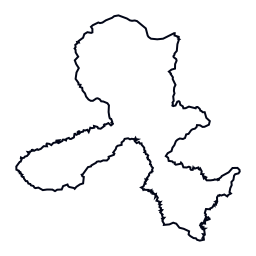 Sop Moei, Mae Hong Son, Thailand (Robinson projection), rotated 90°
{"feature_id": "78962969B61327440501471", "entity_name": "Sop Moei", "entity_type": "district", "adm_level": 2, "iso_a3": "THA", "parent_name": "Thailand", "parent_adm1": "Mae Hong Son", "projection": "robinson", "projection_center": [98.073, 17.904], "detail": "fine", "context": "isolated", "style": "outline", "palette": "ink", "viewbox_px": 256, "rotation_deg": 90, "n_neighbors": 0, "source": "geoboundaries", "source_scale": "gbopen_adm2", "svg_char_len": 5846}
<svg xmlns="http://www.w3.org/2000/svg" viewBox="0 0 256 256"><g transform="rotate(90 128 128)"><path d="M194.9,27.7L193.5,25.1L192.1,26.5L188.1,25.7L185.1,24.3L182.0,24.6L179.8,22.6L175.6,21.9L174.2,20.8L173.4,17.5L171.6,16.3L169.9,16.5L167.9,18.5L168.0,23.5L172.3,27.3L176.1,34.3L177.2,34.9L178.8,37.2L179.7,37.0L180.1,38.0L179.1,38.4L179.7,39.7L179.4,41.6L179.9,42.1L180.3,45.2L180.3,49.3L178.9,50.6L177.4,49.7L176.6,51.3L178.0,52.3L175.1,53.2L174.2,52.7L174.0,54.8L171.3,54.3L168.5,55.8L169.5,56.6L169.1,57.3L167.5,57.7L168.6,61.1L167.8,61.9L168.4,62.5L167.8,62.8L169.9,63.3L169.9,64.9L169.1,65.6L167.4,65.6L166.7,67.1L167.5,69.3L167.3,72.6L163.9,73.8L162.6,75.0L163.8,75.5L164.7,80.2L163.9,81.3L162.5,81.2L162.4,82.9L161.4,83.7L160.9,87.3L157.7,87.9L156.1,90.2L153.2,88.3L151.1,84.5L147.6,83.5L145.3,81.7L141.2,80.1L139.7,78.5L138.5,76.2L139.0,73.1L138.0,71.0L134.4,69.8L133.9,67.5L130.4,65.0L129.3,63.6L128.7,61.1L127.0,59.4L125.1,59.0L125.3,55.9L126.9,53.5L126.8,51.5L124.7,47.1L121.1,46.2L117.8,49.7L112.2,51.3L112.2,53.4L110.9,54.6L110.7,55.6L108.8,56.3L107.0,58.4L107.1,59.7L108.3,60.3L106.6,67.1L108.2,70.4L108.3,72.6L106.3,73.2L104.8,75.7L101.8,76.4L101.2,77.2L101.7,78.7L105.5,80.5L106.1,82.8L105.6,83.6L104.0,83.1L102.6,83.5L100.9,82.3L96.4,82.8L93.4,81.5L91.0,82.1L87.6,81.8L84.9,80.5L79.1,83.3L77.3,83.1L74.0,85.4L73.5,85.1L71.6,87.1L69.6,84.5L68.6,81.0L64.1,80.9L60.7,79.4L59.1,79.8L57.2,82.3L56.2,82.6L54.7,81.5L53.6,81.5L50.9,79.2L44.2,78.6L39.7,77.1L39.3,77.5L39.1,76.8L38.5,77.5L37.4,77.3L37.2,78.0L36.7,77.7L35.5,81.5L33.2,81.3L33.2,81.9L38.7,92.9L39.3,98.7L38.7,105.0L37.0,107.4L35.6,108.3L28.4,110.2L21.1,119.0L20.5,121.2L20.8,124.0L20.4,126.0L18.5,129.1L15.4,137.5L16.2,141.8L17.8,143.9L20.3,150.1L22.6,153.6L23.1,156.0L22.5,157.7L25.2,163.2L26.8,165.0L28.9,163.6L32.4,163.6L32.9,164.8L32.2,168.6L34.1,171.7L37.7,172.9L41.1,177.5L42.4,177.1L42.1,178.9L43.3,178.6L44.8,180.7L47.2,180.4L48.5,181.4L49.6,180.5L52.5,180.3L56.7,177.8L60.3,181.2L64.1,179.8L68.1,177.2L72.5,179.5L78.9,180.4L82.8,177.6L84.5,177.5L84.8,175.5L86.9,176.1L87.8,173.8L90.5,173.5L93.4,171.0L96.6,169.9L99.5,167.5L100.8,165.3L100.8,163.1L98.5,159.7L98.3,158.3L99.3,156.3L101.3,154.8L101.5,152.7L103.2,148.6L105.3,147.1L112.0,147.4L116.7,146.7L118.4,146.2L119.0,144.8L121.7,143.8L122.6,144.5L123.5,143.1L124.0,143.2L125.4,145.0L123.1,147.7L124.3,149.8L124.3,151.5L125.0,152.1L125.9,151.5L128.7,155.3L128.4,157.8L126.9,158.6L126.0,162.0L127.7,161.8L128.2,164.1L127.7,165.7L132.0,167.3L129.8,168.7L130.5,170.8L130.2,172.4L131.6,172.9L132.2,175.3L133.5,176.6L132.8,177.1L131.3,176.9L131.3,177.5L132.2,178.4L133.8,177.5L134.8,179.7L133.8,180.7L133.9,181.5L137.4,182.1L139.0,185.1L138.8,186.4L137.9,187.1L138.9,189.7L140.4,190.0L139.6,191.9L139.7,193.2L140.9,193.6L143.1,197.5L142.7,198.3L140.3,196.6L140.6,199.6L142.4,199.9L142.9,202.6L145.1,204.7L143.9,206.6L143.5,209.1L144.2,209.6L146.3,209.0L146.2,212.4L148.9,215.2L149.9,217.9L149.2,218.8L150.8,222.0L149.8,223.3L149.9,224.0L150.8,223.8L151.5,225.9L152.3,226.1L152.0,228.3L153.9,227.1L156.0,229.0L156.6,231.1L157.7,231.9L158.2,234.0L157.5,235.0L158.4,235.2L159.4,234.4L161.6,235.3L161.9,236.3L166.5,239.7L169.7,239.6L170.7,237.2L172.4,237.4L171.5,236.8L172.1,235.7L173.3,236.1L173.5,234.9L174.4,234.7L174.7,233.7L175.9,234.5L176.9,233.6L177.0,232.4L178.6,232.0L181.1,230.2L181.2,228.7L183.6,227.6L184.0,225.7L185.3,225.1L186.0,222.6L187.7,221.5L188.1,220.5L187.6,217.6L190.1,213.2L189.5,208.8L189.6,203.6L191.1,201.0L189.7,198.8L189.5,194.3L186.1,192.9L184.5,188.5L186.2,187.8L187.0,186.7L188.0,182.1L188.8,181.3L186.8,179.6L184.4,176.0L183.4,172.9L176.9,172.2L176.3,173.6L174.7,174.3L174.4,173.3L167.1,168.0L166.4,165.0L165.4,164.6L162.8,160.0L161.8,159.3L161.3,157.3L161.6,155.6L160.4,152.8L160.5,149.2L158.5,147.1L156.8,147.4L154.8,142.1L153.6,141.6L152.5,142.8L149.2,140.3L146.9,139.6L145.8,138.4L144.9,134.4L142.4,134.4L140.8,132.3L138.9,131.4L138.3,127.9L139.3,126.0L138.8,124.4L139.2,121.2L138.0,120.5L139.1,120.1L139.4,118.2L140.6,120.6L140.4,121.5L141.2,121.2L143.1,119.3L142.0,117.1L143.6,116.1L143.4,114.5L144.8,114.3L147.7,111.8L149.9,111.8L151.1,110.7L152.2,111.6L152.6,110.5L154.2,110.1L154.4,108.9L155.5,107.8L157.7,108.8L158.1,108.0L159.3,108.1L159.9,106.8L161.9,105.5L164.3,106.0L164.7,105.0L166.4,104.6L167.9,103.1L169.6,103.9L171.3,103.5L171.5,104.4L172.4,104.5L172.5,105.7L174.2,107.0L175.3,106.9L178.2,109.2L179.2,108.5L180.2,109.5L179.7,110.4L181.3,110.1L182.2,111.2L183.7,110.4L184.0,111.1L183.5,111.4L186.4,112.5L187.5,114.8L188.4,113.4L189.9,112.7L189.3,111.8L189.8,111.3L189.9,107.4L191.1,107.6L191.3,106.4L190.5,105.4L191.7,105.1L190.8,104.4L191.9,104.3L191.7,103.6L193.6,103.8L193.8,103.2L192.8,102.8L194.4,101.2L194.0,100.1L197.1,100.7L195.8,99.5L197.7,98.2L200.7,99.5L201.4,97.2L202.4,96.8L202.1,95.6L204.0,96.9L204.7,95.3L205.3,96.3L207.1,96.5L208.0,95.0L209.7,95.3L210.0,93.8L211.0,94.6L211.0,95.3L211.3,94.9L212.4,95.7L214.3,93.6L214.6,94.1L217.6,93.2L217.8,93.6L217.8,91.8L218.9,92.7L218.9,93.8L220.1,93.2L220.9,93.6L223.9,91.9L224.9,92.1L224.4,86.6L222.7,82.8L223.7,79.7L227.7,76.6L228.8,72.3L231.3,66.9L234.5,67.4L236.0,65.8L238.1,62.4L238.3,60.1L239.8,58.9L240.6,56.2L239.7,52.1L238.0,52.3L237.9,53.4L235.7,52.1L234.2,53.0L234.4,51.2L230.0,51.8L229.6,52.5L228.6,51.0L228.5,52.6L227.6,52.6L228.3,53.6L227.1,53.7L227.6,54.7L226.9,55.1L226.2,54.5L225.4,55.9L223.6,55.2L223.0,54.4L224.0,53.8L223.3,53.0L223.6,50.9L222.1,51.0L221.8,51.8L220.6,50.5L220.1,50.4L220.1,51.4L218.4,50.6L220.2,49.2L219.1,46.4L218.4,46.6L218.2,47.6L217.3,47.8L217.7,49.3L215.3,50.6L214.4,50.1L213.0,51.2L209.0,50.0L209.3,46.0L208.5,45.9L207.4,43.6L205.0,42.3L205.6,41.5L204.4,41.6L204.6,40.0L203.3,40.1L203.2,39.4L201.9,38.9L201.5,40.4L200.5,38.9L197.3,39.0L195.4,37.7L195.7,36.7L195.0,36.2L195.5,34.7L194.5,31.7L196.4,28.7L194.9,27.7Z" fill="none" stroke="#020617" stroke-width="2"/></g></svg>